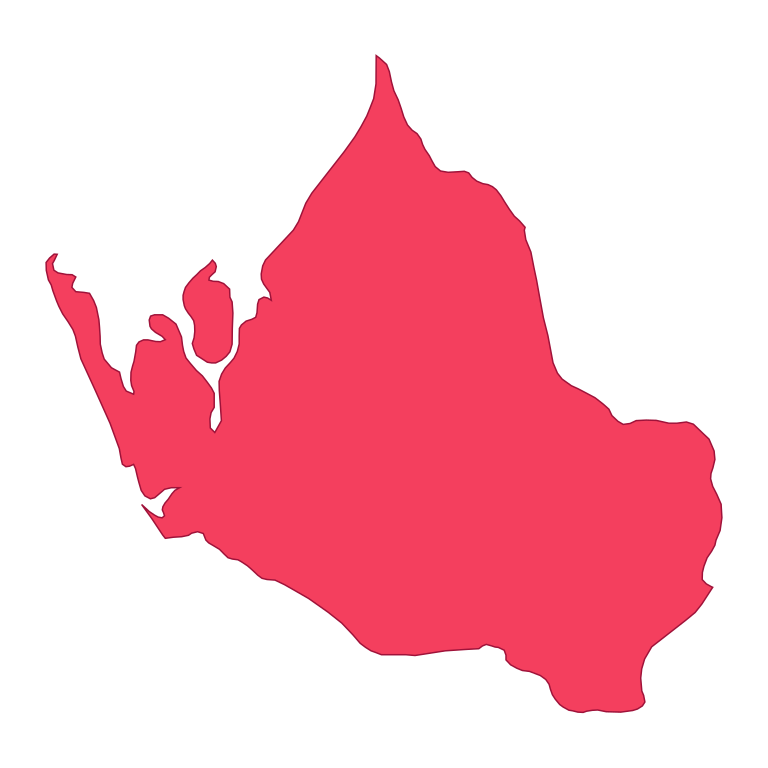 Bendjè, Ogooué-Maritime, Gabon
{"feature_id": "22940354B80874584292882", "entity_name": "Bendjè", "entity_type": "district", "adm_level": 2, "iso_a3": "GAB", "parent_name": "Gabon", "parent_adm1": "Ogooué-Maritime", "projection": "natural_earth1", "projection_center": [9.224, -0.836], "detail": "fine", "context": "isolated", "style": "filled", "palette": "rose", "viewbox_px": 768, "rotation_deg": 0, "n_neighbors": 0, "source": "geoboundaries", "source_scale": "gbopen_adm2", "svg_char_len": 4579}
<svg xmlns="http://www.w3.org/2000/svg" viewBox="0 0 768 768"><path d="M525.1,227.3L519.5,220.9L514.3,216.2L509.3,209.2L504.8,202.2L500.9,195.8L496.4,189.9L492.5,186.7L488.0,184.6L482.9,183.7L476.7,181.1L472.1,177.4L468.7,172.9L464.3,171.3L457.3,171.8L448.1,172.3L440.5,171.0L435.2,166.6L432.2,161.3L429.3,155.7L424.9,149.3L422.6,144.5L420.9,139.1L417.1,133.7L412.1,130.2L407.5,125.0L403.8,117.0L401.2,108.6L398.2,99.9L393.9,90.8L391.5,82.0L389.3,71.5L386.6,64.5L379.3,57.9L376.2,55.6L376.0,83.9L373.7,98.6L370.0,108.1L366.8,116.0L361.0,126.7L354.9,136.8L344.5,151.3L329.1,171.0L311.8,193.2L305.8,203.2L298.5,221.7L293.4,230.1L279.7,244.8L265.5,260.0L262.7,265.9L261.2,274.0L261.5,279.2L263.7,284.0L267.6,289.4L269.8,292.4L271.3,300.3L267.6,298.0L263.9,297.1L259.0,299.6L257.6,304.1L257.0,312.7L255.7,317.3L251.8,319.3L246.1,321.1L241.4,325.0L239.4,328.4L239.2,336.1L239.2,344.0L237.3,351.5L234.0,358.2L230.4,362.5L225.3,368.0L221.6,374.1L219.1,381.3L219.3,390.6L220.3,404.0L221.4,420.7L216.5,429.5L214.8,432.5L210.3,428.0L209.9,418.9L211.1,412.6L214.2,407.4L214.2,393.3L211.4,387.9L207.1,382.0L202.4,375.9L196.4,370.5L190.3,363.4L186.0,358.0L183.7,351.5L182.5,345.3L181.5,337.0L178.6,330.2L176.0,324.1L168.6,318.2L162.7,314.8L154.5,314.8L150.6,316.1L149.2,320.0L150.0,326.3L151.4,328.8L155.5,332.4L162.1,336.3L165.3,339.7L160.4,341.7L155.7,341.5L148.0,339.9L143.5,339.9L139.0,341.9L136.5,345.3L135.7,351.9L134.0,361.4L132.6,365.9L131.0,372.3L130.8,380.4L131.6,385.6L134.0,391.5L133.6,394.2L126.3,391.1L123.4,386.5L121.0,378.6L119.5,372.1L114.8,369.6L111.4,367.7L107.3,362.8L104.2,359.1L102.2,353.0L100.3,344.2L100.1,336.3L99.5,327.0L98.9,319.8L96.4,307.5L93.6,300.5L89.5,293.3L83.9,292.4L75.8,291.7L71.9,287.4L72.7,283.3L75.8,277.0L72.1,274.7L66.6,274.5L58.0,272.9L53.9,270.2L52.5,263.6L54.3,260.4L57.2,254.3L54.1,254.1L49.6,258.0L46.1,262.5L46.3,270.4L48.4,279.9L51.2,284.9L52.9,290.8L56.5,300.7L58.8,306.2L62.7,313.9L68.0,321.6L72.9,329.5L75.4,336.1L77.8,346.9L80.9,358.9L95.0,389.7L110.1,423.4L119.3,448.6L121.0,458.1L122.4,464.2L125.9,466.7L129.5,466.2L133.6,464.4L135.5,468.5L137.5,477.1L138.8,482.1L141.2,490.4L144.9,495.9L150.4,498.8L154.7,497.7L161.4,492.0L164.5,489.3L171.3,487.7L179.6,487.7L174.9,490.4L171.9,493.8L168.2,499.3L165.1,502.9L162.9,506.7L162.3,509.9L163.5,512.6L164.5,515.8L162.1,517.8L158.2,517.1L154.5,515.1L149.2,511.5L141.6,504.5L151.6,518.3L162.7,535.0L165.3,538.3L173.6,537.2L181.7,536.7L188.5,535.3L191.6,533.2L197.6,531.7L203.3,533.5L205.9,540.1L208.7,542.9L213.0,545.4L219.5,549.3L224.1,554.0L228.0,557.7L232.2,559.0L238.0,559.8L241.0,561.5L247.4,565.7L252.3,570.0L257.9,575.3L262.0,578.3L267.0,579.5L275.0,580.1L284.6,584.7L308.5,598.4L327.8,612.0L341.7,623.0L352.9,634.8L360.2,643.3L365.5,647.3L371.0,650.8L375.2,652.3L381.4,654.7L405.7,654.7L415.0,655.5L427.9,653.5L445.3,650.8L466.1,649.4L478.8,648.7L482.5,645.9L486.3,644.4L491.7,645.9L495.0,647.0L498.3,647.4L504.2,650.2L506.0,655.2L506.0,659.9L510.6,664.8L516.8,668.2L522.4,670.5L529.5,671.4L540.3,675.5L545.8,679.5L549.1,684.3L550.5,689.4L552.4,694.7L555.3,699.2L559.7,704.5L563.1,707.0L568.9,710.2L572.6,710.8L577.8,712.1L583.2,712.4L586.6,711.2L592.3,710.3L597.7,710.0L606.2,711.7L620.8,712.1L632.7,710.5L637.5,709.0L642.4,705.9L644.9,702.0L643.6,695.3L641.8,691.0L640.7,678.1L641.7,668.9L644.6,659.0L651.7,646.8L666.3,635.4L685.4,620.5L695.2,612.4L701.8,604.1L712.7,587.3L711.0,586.5L706.3,583.9L702.2,579.6L702.4,572.5L703.9,566.3L707.1,557.8L711.5,551.4L714.9,545.2L716.0,540.2L720.1,530.5L721.9,517.7L721.1,504.2L716.8,494.4L712.7,486.4L710.6,478.8L711.0,473.5L712.9,467.8L714.9,459.5L714.1,451.0L709.0,439.1L703.5,433.9L693.4,424.2L686.4,422.0L677.0,423.2L668.8,423.2L656.3,420.4L646.2,420.1L636.2,420.6L630.0,423.5L623.2,424.4L617.9,421.3L611.9,415.6L608.9,409.2L603.3,404.2L595.1,397.8L586.7,393.3L578.1,388.8L571.3,385.7L562.1,379.1L557.4,373.1L553.0,362.7L550.6,349.9L547.9,335.6L543.4,317.8L539.5,296.5L536.6,280.3L534.0,268.0L530.9,252.1L525.8,239.7L524.3,230.2L525.1,227.3ZM215.7,362.9L221.6,360.1L226.2,356.3L229.9,351.8L232.1,344.2L232.3,328.7L232.9,313.1L232.1,301.9L229.9,297.2L229.6,289.1L223.7,283.6L218.2,281.5L213.2,281.3L208.9,280.1L209.4,277.2L212.0,274.6L215.1,271.8L216.3,266.6L215.3,263.3L212.4,260.1L209.7,263.5L205.2,267.5L200.5,270.8L196.8,274.6L192.9,278.2L189.0,282.7L185.5,287.4L184.1,291.5L183.1,295.3L183.1,299.6L184.3,305.7L185.5,308.8L188.4,313.3L190.9,316.4L193.7,320.7L194.6,325.4L194.8,331.4L194.1,337.8L192.3,343.5L193.9,348.9L196.6,355.3L200.7,357.9L207.3,362.2L211.6,362.9L215.7,362.9Z" fill="#f43f5e" stroke="#9f1239" stroke-width="1.5"/></svg>